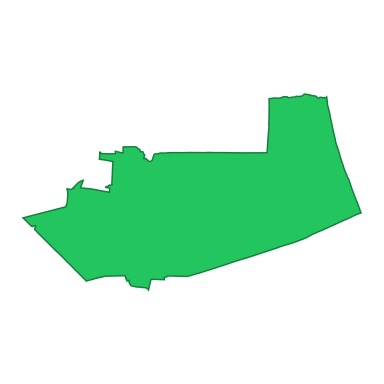 Valcele, Olt, Romania (Equal Earth projection)
{"feature_id": "2599482B83883169755086", "entity_name": "Valcele", "entity_type": "district", "adm_level": 2, "iso_a3": "ROU", "parent_name": "Romania", "parent_adm1": "Olt", "projection": "equal_earth", "projection_center": [24.572, 44.303], "detail": "fine", "context": "isolated", "style": "filled", "palette": "green", "viewbox_px": 384, "rotation_deg": 0, "n_neighbors": 0, "source": "geoboundaries", "source_scale": "gbopen_adm2", "svg_char_len": 5783}
<svg xmlns="http://www.w3.org/2000/svg" viewBox="0 0 384 384"><path d="M280.2,246.7L286.5,244.7L288.5,244.2L292.7,242.8L296.3,241.6L302.9,239.1L304.8,238.4L308.5,236.6L310.3,235.5L312.3,234.4L313.9,233.7L316.0,232.8L318.8,231.6L323.0,229.8L326.3,228.3L327.3,227.9L337.2,223.4L339.9,222.1L341.8,221.3L344.3,220.1L345.5,219.6L347.7,218.7L349.2,218.0L351.2,217.1L352.9,216.2L354.1,215.6L356.6,214.5L358.2,213.9L361.0,213.0L360.6,211.8L359.4,208.5L358.8,206.7L358.4,205.7L358.1,204.7L357.7,203.8L357.0,201.9L356.5,200.8L355.3,197.8L354.8,196.5L354.5,195.8L352.1,189.4L349.7,182.2L348.8,179.6L348.2,178.3L347.9,177.9L347.6,177.4L347.1,175.9L346.4,174.3L344.9,170.7L344.5,169.7L343.8,167.8L343.5,166.7L342.8,164.4L342.2,162.9L340.3,157.0L340.0,155.7L338.2,149.7L337.7,148.4L337.0,146.3L336.5,144.8L335.9,142.8L335.8,142.6L335.5,141.1L335.0,138.2L334.2,135.3L333.8,133.2L333.0,129.9L332.5,127.5L332.4,126.8L332.0,125.0L331.6,123.3L331.4,122.2L331.2,121.4L330.7,118.9L330.1,116.2L329.8,114.8L330.0,114.7L329.7,113.3L328.7,109.4L328.5,108.4L328.1,107.0L327.6,105.2L327.5,104.4L327.3,101.7L326.9,98.9L326.8,97.5L326.6,96.9L326.3,97.3L325.9,97.6L325.7,97.7L325.3,97.9L325.0,97.9L324.8,97.9L324.2,97.6L323.9,97.6L322.1,97.6L321.1,97.3L320.8,97.3L319.8,97.4L319.3,97.7L319.0,97.9L318.7,98.0L318.2,98.1L317.5,97.7L317.1,97.4L316.8,97.1L316.5,96.7L316.2,96.5L315.9,96.3L314.9,95.9L313.9,95.8L312.7,95.7L311.3,95.4L311.0,95.4L310.6,95.4L310.6,95.2L309.6,94.9L308.9,94.7L308.1,94.7L307.6,94.6L306.5,94.2L305.7,94.1L305.1,94.1L304.5,94.2L304.1,94.4L303.4,94.8L302.7,95.5L302.3,95.8L301.6,96.1L301.3,96.2L299.5,96.4L298.6,96.5L297.9,96.4L297.1,96.4L296.5,96.3L296.2,96.3L295.7,96.5L295.0,96.8L294.5,97.0L293.8,97.2L293.4,97.2L292.8,97.1L291.8,97.2L290.1,97.6L288.9,97.6L288.3,97.6L288.0,97.4L287.7,97.2L287.4,96.9L287.1,96.8L286.6,96.8L284.1,96.7L283.3,96.8L283.1,96.9L282.8,97.2L282.6,97.3L282.0,97.3L281.9,97.3L281.6,97.4L280.9,97.8L280.5,97.9L280.1,98.0L278.5,98.2L277.3,98.1L276.1,98.1L275.1,98.0L274.4,98.0L274.0,98.0L272.9,98.2L271.9,98.4L269.9,98.6L269.1,98.6L269.1,100.9L269.2,106.9L269.1,110.8L269.1,115.0L269.0,119.2L268.9,121.9L268.8,124.0L269.0,126.7L267.9,139.6L267.2,151.1L267.1,152.5L266.5,152.7L265.6,152.8L264.7,152.8L262.4,152.8L260.6,152.8L257.5,152.8L255.6,152.8L254.2,152.8L249.9,152.8L249.3,152.8L247.3,152.9L234.4,152.8L228.9,152.7L225.1,152.6L219.8,152.6L213.1,152.6L210.6,152.5L207.5,152.5L205.6,152.6L202.9,152.6L200.7,152.6L199.2,152.5L194.9,152.6L191.1,152.5L180.9,152.7L176.4,152.6L173.2,152.6L167.6,152.8L167.4,152.9L166.6,153.0L163.9,153.0L161.7,153.0L160.4,153.0L160.2,153.0L158.9,153.5L158.5,153.6L157.6,153.9L157.0,154.0L156.2,153.9L155.0,153.9L154.4,154.3L154.1,154.5L153.9,154.9L153.7,155.5L153.5,156.2L153.2,157.0L153.0,157.6L152.8,158.7L152.5,159.3L152.0,160.3L151.6,160.7L150.9,161.2L150.7,161.4L149.1,161.4L148.9,161.3L148.5,160.9L146.9,159.5L146.2,158.9L145.5,158.4L145.2,158.5L144.9,158.5L144.7,158.7L144.4,158.7L144.2,158.8L143.9,158.8L143.8,158.7L143.8,158.4L144.5,155.2L144.7,154.9L144.6,154.7L144.4,154.6L143.9,154.2L143.7,154.0L143.6,153.7L143.6,153.4L143.1,152.5L143.0,152.1L142.7,151.7L141.1,151.7L140.7,151.7L140.4,151.7L140.2,151.6L140.1,151.1L140.1,150.2L140.0,149.8L139.9,149.7L136.1,147.0L135.8,146.8L134.6,146.8L129.3,146.8L127.0,146.9L123.2,146.9L123.1,149.9L123.1,152.9L122.9,152.8L121.3,152.7L120.6,152.6L119.4,152.3L117.4,151.7L115.7,151.3L115.3,151.3L115.2,151.5L115.4,153.4L115.4,153.6L115.2,153.7L114.9,153.8L103.6,153.8L102.2,153.7L101.7,153.7L101.4,153.6L101.2,153.4L100.8,152.6L100.4,152.4L99.7,152.2L99.7,154.5L99.6,156.8L99.4,159.3L101.4,159.5L105.4,160.1L111.7,161.3L112.3,161.3L112.7,161.4L112.9,161.5L113.0,161.5L112.9,162.1L112.9,162.4L112.8,163.4L112.8,164.8L112.6,166.5L112.4,172.2L112.3,174.9L112.0,180.5L111.8,185.2L109.2,185.1L108.6,185.9L108.3,186.2L108.0,186.4L107.4,186.5L106.5,186.4L106.3,186.4L106.1,186.7L105.6,187.2L105.7,187.4L105.8,187.5L107.4,187.6L108.6,187.9L109.7,188.4L109.6,189.9L109.5,190.7L109.3,192.2L99.8,190.6L95.7,189.7L92.1,189.1L89.3,188.7L81.9,188.0L80.5,187.8L80.8,186.9L81.2,186.0L82.0,183.9L82.8,181.6L83.0,180.9L83.2,180.3L81.4,180.9L80.3,181.4L79.5,181.9L78.5,182.6L77.4,183.5L76.7,184.2L74.8,186.2L74.6,186.5L74.2,186.8L73.3,187.7L73.6,187.9L73.8,188.2L73.8,188.4L72.1,189.0L71.4,189.2L70.8,189.4L70.6,189.4L70.0,189.3L67.9,188.9L67.0,188.9L67.1,189.5L67.4,190.6L67.6,191.6L67.7,193.3L67.8,194.1L67.8,195.5L67.7,196.5L67.5,197.9L67.3,201.6L67.2,202.6L66.9,203.7L65.6,206.8L65.5,207.1L65.1,207.1L64.9,207.1L63.9,207.3L23.0,217.9L26.6,221.3L31.3,226.1L31.7,226.3L31.9,226.5L32.4,226.5L32.8,226.4L33.9,226.0L34.9,225.5L35.3,225.5L35.5,225.6L35.6,225.9L35.6,226.2L35.5,226.7L34.9,228.1L34.7,228.6L34.7,228.9L34.7,229.4L35.0,229.8L36.9,231.7L37.1,232.1L45.1,240.0L56.9,251.8L57.1,251.7L86.4,281.1L88.2,280.5L95.2,278.6L96.7,278.2L99.2,277.6L105.1,276.2L117.5,275.9L119.7,275.8L121.6,275.8L122.6,275.8L123.5,275.8L125.2,275.6L125.5,276.4L125.6,277.8L125.7,278.3L125.8,278.6L126.7,279.9L127.0,280.1L127.0,281.0L128.5,280.5L129.1,280.3L129.4,280.6L129.3,281.2L129.1,281.6L129.1,282.4L129.5,283.1L129.6,283.6L130.3,284.7L130.7,285.4L131.1,285.6L132.0,286.0L134.4,286.5L135.6,286.8L136.5,286.9L137.7,287.1L138.8,287.0L142.2,287.5L144.1,287.6L145.0,287.7L145.9,287.9L146.2,288.0L147.2,288.6L147.8,289.0L148.3,289.6L148.5,289.9L150.6,280.9L150.8,280.0L151.1,279.5L151.2,279.3L152.9,279.4L154.3,279.3L155.4,279.3L158.6,279.5L164.3,279.7L164.2,277.6L166.2,276.9L168.2,276.0L172.4,276.0L173.7,276.1L175.8,276.1L183.3,276.4L187.5,276.4L188.0,276.3L197.1,273.6L200.8,272.6L206.2,270.8L207.2,270.5L208.9,270.0L210.3,269.6L215.2,268.0L236.5,260.9L249.4,257.0L255.3,255.1L262.4,252.7L265.6,251.7L274.6,248.7L275.9,248.4L277.4,247.7L279.0,247.2L280.2,246.7Z" fill="#22c55e" stroke="#15803d" stroke-width="1.5"/></svg>